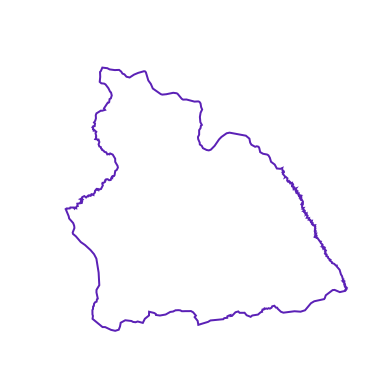 the district of Sikhio, Nakhon Ratchasima, Thailand, rotated 166°
{"feature_id": "78962969B49546338706429", "entity_name": "Sikhio", "entity_type": "district", "adm_level": 2, "iso_a3": "THA", "parent_name": "Thailand", "parent_adm1": "Nakhon Ratchasima", "projection": "orthographic", "projection_center": [101.558, 14.904], "detail": "fine", "context": "isolated", "style": "outline", "palette": "violet", "viewbox_px": 384, "rotation_deg": 166, "n_neighbors": 0, "source": "geoboundaries", "source_scale": "gbopen_adm2", "svg_char_len": 5847}
<svg xmlns="http://www.w3.org/2000/svg" viewBox="0 0 384 384"><g transform="rotate(166 192 192)"><path d="M67.2,59.0L66.7,59.4L67.1,59.8L66.7,60.2L64.8,60.8L65.6,60.8L66.6,61.6L65.7,61.4L66.2,62.4L65.5,62.4L66.4,63.6L65.9,64.3L65.9,65.6L66.6,65.6L66.2,66.6L67.0,68.2L66.0,67.7L65.7,68.6L67.0,69.8L66.3,70.7L66.7,71.0L66.8,74.2L67.4,75.9L67.6,80.8L69.6,84.8L69.3,85.6L70.3,86.0L71.4,87.9L73.3,89.2L73.1,89.9L74.6,91.9L74.2,92.5L74.9,92.7L74.7,93.5L75.8,94.7L75.8,96.3L77.1,97.2L76.7,98.0L77.4,99.2L76.9,99.3L77.8,100.5L76.9,101.4L77.3,102.5L76.3,102.9L77.1,104.5L76.9,105.2L78.0,105.1L77.7,105.7L78.3,105.5L78.6,106.3L78.6,106.8L78.1,106.8L78.5,107.1L77.8,107.1L78.7,108.6L78.1,109.4L79.3,111.2L79.6,112.5L79.2,112.8L79.9,113.2L81.5,117.3L82.1,117.3L82.1,118.4L82.9,118.4L83.1,119.0L83.4,118.4L83.9,118.7L83.4,119.5L81.9,120.0L82.5,120.7L81.6,121.7L82.2,121.9L81.8,122.2L82.4,123.0L82.4,124.3L82.0,125.2L81.5,124.9L81.7,126.4L81.0,127.0L81.2,127.9L80.7,128.8L81.2,129.4L80.7,130.0L82.1,130.2L82.2,131.0L82.8,130.9L83.2,131.6L82.8,131.8L83.1,132.5L82.8,132.8L83.3,133.0L83.3,133.6L82.8,134.7L83.9,134.4L83.9,136.1L84.5,136.2L84.6,137.0L85.4,137.0L84.9,138.1L85.4,138.0L85.8,139.2L86.8,139.3L85.6,141.1L86.2,141.8L86.0,143.0L86.8,142.7L86.5,143.2L87.1,143.0L87.4,143.6L87.0,144.4L87.9,145.2L87.4,145.9L88.5,146.5L87.4,147.0L88.3,148.4L88.0,148.9L88.6,149.1L87.9,149.6L88.5,149.7L88.9,150.6L88.3,152.6L88.8,153.3L88.1,153.6L88.5,153.9L88.1,154.4L87.3,153.7L86.7,155.8L87.2,157.6L88.0,157.8L87.9,159.0L88.6,159.3L88.6,160.0L87.3,159.9L87.3,160.3L88.2,160.5L87.3,161.3L89.2,162.1L89.2,163.0L88.5,163.0L89.2,163.4L88.9,164.0L89.6,164.6L89.1,165.1L90.6,165.7L89.8,166.8L91.0,166.9L91.2,169.0L90.3,168.8L90.8,169.9L90.3,170.3L91.2,170.2L91.5,171.1L92.7,170.4L92.6,171.8L92.1,172.2L93.6,173.3L93.4,174.1L92.1,174.5L92.2,175.2L92.9,175.0L92.9,175.9L93.4,175.5L92.9,176.6L93.5,176.6L94.4,178.0L94.8,177.3L95.1,178.3L95.8,178.5L95.7,179.1L96.4,178.9L96.7,179.5L96.9,180.1L96.1,182.2L97.4,184.0L98.1,183.8L97.8,184.2L99.5,187.6L98.7,188.5L99.0,188.8L98.0,189.0L97.9,189.5L98.1,190.2L99.0,190.6L98.8,192.2L99.1,192.8L98.7,193.4L100.6,193.1L104.0,194.3L105.1,198.6L108.0,202.2L108.2,206.5L109.0,209.1L110.1,210.2L113.8,211.9L116.2,214.2L116.1,218.3L116.5,219.8L118.1,220.7L119.8,220.6L122.9,223.5L123.6,225.8L123.4,229.9L126.1,233.6L141.2,240.5L144.2,240.6L150.1,238.3L153.0,236.5L158.9,231.3L163.5,228.5L165.6,228.3L167.6,229.2L170.8,231.9L171.4,234.5L172.9,236.2L172.6,238.1L173.2,241.8L172.9,243.9L171.2,245.9L170.1,250.3L168.3,251.9L167.3,254.2L166.2,254.7L167.0,257.7L166.2,262.9L164.5,266.8L162.2,269.6L162.6,272.1L162.3,275.9L163.0,277.7L164.0,278.4L167.7,279.1L175.0,283.1L178.3,283.8L179.4,284.9L182.3,290.9L183.2,291.6L186.2,292.8L193.4,293.1L197.3,293.7L198.6,294.5L205.0,301.9L205.8,306.8L207.4,310.8L207.8,319.3L208.4,320.4L209.4,320.8L215.4,320.6L219.9,319.9L224.8,318.2L227.7,319.7L229.1,322.5L230.8,323.7L231.6,326.0L233.2,328.1L237.5,329.0L242.3,330.9L244.2,332.6L248.9,334.4L251.2,331.4L252.2,330.7L253.2,325.9L254.9,321.2L253.7,319.4L251.0,318.4L249.9,317.3L248.0,312.9L247.2,309.1L246.5,308.2L246.5,305.1L248.1,302.5L249.5,302.1L250.6,299.3L251.4,298.8L252.1,299.1L257.2,294.4L256.5,292.7L259.8,292.6L260.7,293.0L265.7,291.4L266.8,289.8L267.4,286.7L268.7,284.5L270.3,283.1L269.5,282.0L270.5,279.5L271.8,279.8L273.0,278.8L272.4,277.9L272.9,276.7L272.1,276.0L272.4,275.3L271.4,275.2L270.3,273.5L271.4,272.5L271.4,269.4L271.9,268.8L271.9,267.8L273.0,266.7L270.8,265.8L270.8,265.2L270.0,265.3L269.8,262.9L271.1,260.9L270.9,258.6L269.6,257.6L269.7,256.2L269.1,255.7L269.0,254.4L267.9,253.7L267.2,252.1L265.6,251.2L265.1,249.0L264.1,249.1L263.0,248.5L262.1,249.2L259.9,247.5L258.5,242.9L259.2,239.8L257.9,235.3L258.0,233.6L259.7,231.6L261.4,231.0L263.1,227.0L263.8,226.4L265.2,226.7L265.9,226.3L265.7,225.6L266.4,225.4L266.3,224.6L267.2,224.7L268.0,223.3L269.6,223.5L270.7,224.8L272.3,225.1L273.3,224.5L273.2,223.9L274.0,223.5L274.1,222.8L276.0,222.2L276.6,222.5L277.1,221.7L276.9,220.0L279.6,216.9L281.7,217.0L282.0,216.6L282.2,217.1L283.0,217.0L282.8,217.8L283.8,218.1L285.9,216.5L286.4,214.9L288.0,213.9L288.3,213.0L289.8,214.2L290.2,214.1L290.2,213.4L291.2,213.4L291.4,212.9L292.4,213.6L293.3,213.0L293.6,213.6L296.1,212.3L297.5,214.1L299.7,213.6L300.3,213.0L300.2,212.4L301.9,212.1L300.1,210.9L301.0,210.3L301.4,211.3L301.8,211.2L301.5,210.2L302.3,209.4L301.1,209.0L301.6,208.0L306.1,208.4L306.3,206.0L307.0,206.1L308.2,205.2L308.3,204.3L309.7,205.2L310.1,204.5L310.8,205.6L313.8,206.4L314.6,205.6L317.7,206.4L318.6,206.0L318.1,205.3L318.5,204.8L317.5,198.3L317.6,196.0L314.8,190.6L314.5,187.7L314.8,185.5L317.6,181.5L317.6,180.1L315.4,177.1L312.0,170.3L308.6,166.4L304.5,160.2L302.1,155.4L300.9,150.5L302.1,136.4L304.5,124.0L308.3,120.2L309.0,117.7L309.2,111.3L310.2,110.9L311.1,108.7L312.8,108.4L314.1,107.2L314.8,105.2L315.6,104.9L316.4,102.4L317.2,101.5L318.2,97.3L318.1,95.7L319.2,93.0L311.5,82.6L308.9,81.9L303.9,77.8L300.1,75.9L296.4,76.1L294.4,78.9L292.8,82.4L287.8,83.7L282.0,81.5L280.6,80.2L278.3,79.3L276.0,79.5L271.4,76.9L268.4,80.4L263.6,82.6L262.6,86.2L258.0,83.8L256.6,82.4L256.7,81.4L253.0,79.9L247.2,79.5L242.1,80.9L239.3,80.6L236.6,81.2L233.6,80.6L232.0,80.0L230.7,78.8L221.8,76.7L220.0,75.0L218.1,71.1L219.7,70.0L217.7,65.6L218.0,61.6L207.8,62.1L205.2,62.9L192.4,61.0L191.2,61.8L188.2,61.4L187.8,62.8L186.0,63.2L184.4,63.3L184.7,62.3L183.2,62.1L178.9,64.8L176.0,64.9L175.1,63.3L170.2,62.1L168.8,59.2L165.3,56.7L163.4,57.6L157.6,57.1L154.5,58.7L153.0,58.8L153.0,59.4L152.0,60.9L151.2,60.6L150.1,61.4L149.9,60.8L148.3,61.1L147.2,60.4L145.7,60.7L144.6,60.0L142.8,60.5L141.8,61.7L139.6,61.7L138.6,59.6L137.3,59.1L137.2,58.2L134.7,54.3L132.5,52.8L121.4,51.5L115.6,49.6L110.9,49.9L103.5,55.3L99.8,56.4L89.7,56.1L88.8,56.9L87.2,59.4L79.3,62.8L77.3,62.5L72.8,59.1L67.2,59.0Z" fill="none" stroke="#5b21b6" stroke-width="2"/></g></svg>